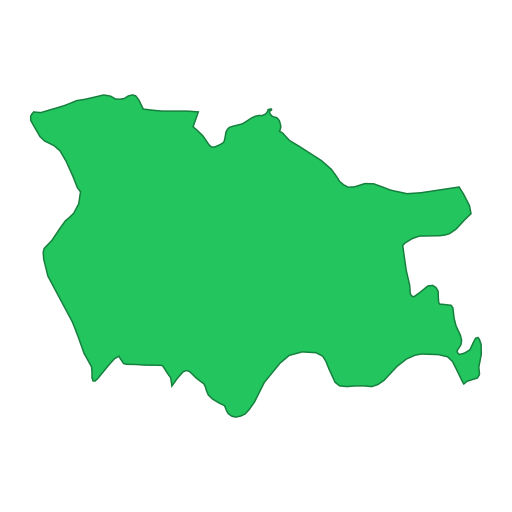 the district of Phuoc Long, Bình Phước, Vietnam
{"feature_id": "81297802B44117863394749", "entity_name": "Phuoc Long", "entity_type": "district", "adm_level": 2, "iso_a3": "VNM", "parent_name": "Vietnam", "parent_adm1": "Bình Phước", "projection": "robinson", "projection_center": [107.01, 11.824], "detail": "fine", "context": "isolated", "style": "filled", "palette": "green", "viewbox_px": 512, "rotation_deg": 0, "n_neighbors": 0, "source": "geoboundaries", "source_scale": "gbopen_adm2", "svg_char_len": 3270}
<svg xmlns="http://www.w3.org/2000/svg" viewBox="0 0 512 512"><path d="M459.1,187.0L431.3,191.2L420.5,192.8L406.9,193.7L404.9,193.2L393.5,190.8L389.9,189.9L382.2,186.9L373.7,183.8L370.0,183.7L364.7,183.6L360.7,184.9L354.4,186.9L348.1,187.2L343.8,184.9L339.7,181.5L337.2,177.5L335.1,174.5L331.0,168.9L329.7,167.9L321.4,160.6L318.5,158.7L311.9,154.5L299.5,146.5L293.0,142.6L289.4,140.4L282.5,132.9L279.5,131.4L280.0,130.2L280.5,128.3L280.8,126.9L280.8,126.1L280.0,122.8L279.3,120.6L278.8,120.0L277.9,118.8L276.8,117.7L276.0,117.4L274.7,117.2L273.1,116.7L271.7,115.8L270.2,114.0L269.8,113.1L269.6,111.9L269.8,111.1L270.5,110.6L271.2,110.3L271.6,109.8L271.5,109.3L271.1,108.9L270.5,109.0L270.0,109.1L268.1,109.6L267.8,110.8L267.1,112.1L266.0,113.6L264.8,114.4L262.5,115.4L261.4,115.6L259.1,115.4L255.1,116.3L251.5,118.0L244.0,122.9L241.9,124.0L233.4,126.1L229.4,127.4L227.5,129.2L226.0,132.0L225.9,132.5L224.9,138.3L224.0,141.8L223.1,142.7L220.2,144.6L215.3,146.7L213.0,147.2L211.6,146.8L210.3,146.0L209.2,144.9L208.1,143.5L204.0,137.4L202.4,135.3L196.9,130.1L193.1,126.8L198.3,111.9L187.4,111.1L173.9,111.1L162.4,111.1L154.4,110.4L143.3,109.1L138.8,99.9L135.7,95.9L132.6,94.9L128.2,96.0L124.1,98.6L119.9,99.2L115.5,99.0L110.7,96.2L107.8,95.6L103.5,95.0L95.5,96.9L85.0,99.3L76.8,100.6L64.4,105.6L50.6,109.7L40.8,112.6L33.9,112.0L33.8,111.9L31.9,114.0L30.7,116.2L30.7,120.3L32.6,123.8L40.0,136.6L44.5,140.9L54.3,145.8L57.4,148.6L60.0,150.8L66.2,161.4L72.9,176.3L77.4,187.7L80.5,191.8L78.7,203.8L73.8,213.1L69.8,217.1L65.3,220.9L59.9,228.4L51.9,240.4L44.2,248.4L43.2,252.2L43.7,259.2L47.9,276.1L72.4,322.0L74.6,327.5L78.5,337.7L84.2,353.7L86.8,358.2L91.5,366.8L92.0,371.9L92.0,377.9L93.1,381.0L95.1,381.0L97.7,378.6L109.1,364.7L114.5,358.7L119.0,356.2L120.2,358.5L123.6,363.5L126.4,364.3L136.4,364.5L144.5,365.1L155.6,365.2L161.9,365.4L163.0,366.3L167.8,373.8L170.7,377.8L171.9,386.0L177.3,378.4L182.8,372.1L185.2,370.9L186.7,370.6L188.4,371.0L190.2,372.1L196.5,378.3L203.0,383.2L203.5,383.3L204.5,385.1L205.3,386.6L206.5,390.8L208.4,395.1L212.7,399.2L218.9,402.9L222.9,404.9L224.6,405.7L226.5,410.6L228.2,413.6L232.0,416.3L235.8,417.1L240.9,416.0L245.3,413.8L249.0,409.8L254.4,402.2L260.5,390.0L264.4,382.3L277.9,365.8L279.9,363.3L289.2,355.4L302.2,351.9L307.5,352.2L316.0,352.7L320.1,354.8L322.7,356.2L325.8,361.1L328.9,368.8L335.1,382.3L338.0,384.6L339.6,385.9L347.0,386.6L355.1,385.9L363.7,385.9L371.8,386.6L378.0,384.5L384.2,380.2L396.8,366.6L406.6,358.9L415.0,355.2L421.4,354.0L429.6,354.3L438.3,354.6L444.6,356.1L447.6,356.8L452.6,361.7L457.6,371.7L462.0,380.9L463.8,384.0L467.0,381.3L477.4,378.0L479.3,374.9L479.5,373.7L478.8,367.2L481.3,354.2L481.1,344.3L479.4,339.4L478.0,337.5L475.6,338.2L473.0,343.2L469.9,349.8L464.5,353.1L459.4,354.5L457.7,353.0L457.0,350.9L460.9,344.8L461.6,340.5L460.5,335.5L456.0,325.8L454.1,318.3L452.9,307.9L451.1,305.3L442.5,304.3L439.9,304.3L438.7,302.6L438.3,296.8L438.1,291.2L436.0,287.6L432.8,285.4L427.8,286.0L419.6,292.7L413.8,296.8L411.4,295.8L410.2,293.2L409.7,285.3L406.2,270.3L404.2,256.2L402.8,246.1L402.7,245.5L404.9,243.1L412.0,238.7L415.9,237.3L419.3,236.1L439.5,235.7L444.7,235.1L449.4,233.7L456.1,229.1L465.0,219.5L471.0,213.7L469.5,205.7L463.6,194.2L459.1,187.0Z" fill="#22c55e" stroke="#15803d" stroke-width="1.5"/></svg>